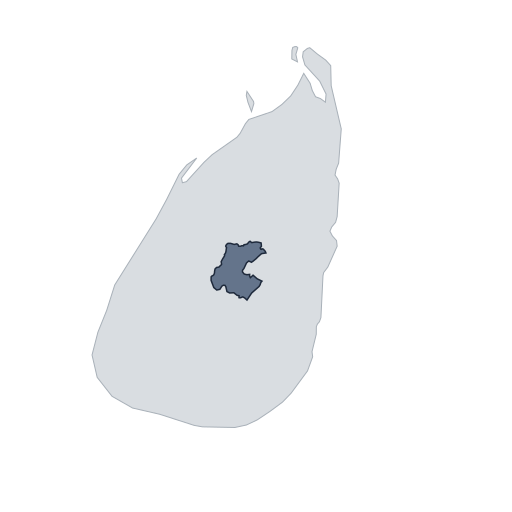 Mātale highlighted on a map of Sri Lanka, rotated 37°
{"feature_id": "LKA-2449", "entity_name": "Mātale", "entity_type": "District", "adm_level": 1, "iso_a3": "LKA", "parent_name": "Sri Lanka", "parent_adm1": "", "projection": "albers", "projection_center": [80.718, 7.7], "detail": "fine", "context": "in_parent", "style": "filled", "palette": "slate", "viewbox_px": 512, "rotation_deg": 37, "n_neighbors": 0, "source": "natural_earth", "source_scale": "10m", "svg_char_len": 2570}
<svg xmlns="http://www.w3.org/2000/svg" viewBox="0 0 512 512"><g transform="rotate(37 256 256)"><path d="M173.6,57.3L183.4,57.8L193.8,57.6L201.1,59.0L213.6,74.8L247.6,103.2L266.1,132.1L267.8,138.4L270.4,143.8L274.8,145.3L278.6,147.8L297.1,175.7L299.3,181.2L299.0,187.2L300.1,191.7L304.9,194.0L311.0,195.2L314.9,199.3L320.0,221.6L320.0,228.5L321.4,231.5L344.9,266.1L346.2,270.3L346.0,273.4L346.7,276.1L351.2,282.2L358.3,298.7L361.9,302.4L366.3,316.8L366.6,344.4L365.1,356.7L360.7,371.6L355.6,386.2L350.0,396.8L342.3,405.7L316.0,424.7L308.5,428.5L274.2,440.4L248.9,451.7L225.5,454.7L202.2,448.5L184.6,433.7L175.6,412.0L169.5,389.3L160.6,364.1L153.9,286.4L150.6,264.6L145.4,236.9L145.9,224.9L149.7,213.4L149.6,238.6L153.1,241.8L155.7,238.5L158.1,212.4L160.0,201.4L169.3,172.6L169.5,167.5L167.9,156.6L168.1,151.2L181.9,131.0L185.5,119.3L187.4,107.3L186.6,94.3L184.2,81.4L195.3,85.5L201.4,90.0L207.7,93.0L212.7,91.5L218.9,91.4L214.5,84.5L201.6,78.0L180.1,74.0L173.3,68.9L170.8,64.5L172.1,59.3L173.6,57.3ZM162.6,135.6L165.5,143.4L157.1,138.1L151.6,133.6L149.7,130.0L161.1,134.1L162.6,135.6ZM172.3,76.0L166.0,77.1L161.0,70.2L159.8,67.3L161.1,65.3L162.5,64.3L164.1,64.6L166.5,71.0L172.3,76.0Z" fill="#d9dde1" stroke="#a8b0b8" stroke-width="1"/><path d="M252.2,242.5L253.1,243.4L254.5,245.0L254.4,246.8L255.0,247.4L255.8,247.7L256.5,247.3L256.5,246.6L257.8,246.1L259.0,246.4L260.6,246.7L262.1,247.6L259.0,250.8L258.0,255.7L257.7,258.1L256.7,262.2L256.4,262.9L256.2,263.7L253.2,264.4L252.6,267.2L253.9,273.4L253.8,275.4L254.8,276.9L257.5,277.5L260.0,276.4L262.0,274.5L262.9,275.8L264.5,276.7L264.9,274.9L265.2,273.1L270.6,273.5L275.9,272.5L275.8,274.2L276.6,276.5L276.8,278.5L275.8,283.4L274.8,288.2L275.3,296.6L272.1,296.3L270.0,296.6L268.9,298.5L268.3,299.1L267.5,299.5L266.3,297.9L264.6,298.8L260.4,298.7L257.2,301.4L254.2,301.9L250.4,298.7L248.9,298.1L247.5,299.0L246.9,300.6L247.2,304.4L245.1,306.8L241.3,306.6L234.8,302.5L232.7,299.6L232.8,298.5L233.3,297.7L233.6,296.5L233.3,295.2L232.8,294.1L232.1,293.1L231.1,291.0L231.4,288.9L232.8,287.5L233.2,286.7L233.2,285.7L233.5,284.5L233.5,283.3L231.6,281.5L231.1,278.3L230.8,274.9L230.3,274.1L229.9,273.9L229.9,272.1L229.2,270.3L228.2,268.6L227.4,267.0L226.7,266.8L225.8,266.3L225.5,264.5L226.0,262.8L228.1,261.2L231.6,259.9L233.4,257.8L235.0,257.8L236.2,258.6L237.7,257.6L238.5,256.3L239.2,255.8L239.9,255.4L239.8,254.7L239.6,254.2L240.9,252.9L241.9,251.4L241.8,249.5L242.4,247.8L243.4,247.8L244.2,248.0L244.8,247.6L246.8,245.5L248.1,244.4L250.0,243.4L252.2,242.5Z" fill="#64748b" stroke="#1e293b" stroke-width="1.5"/></g></svg>